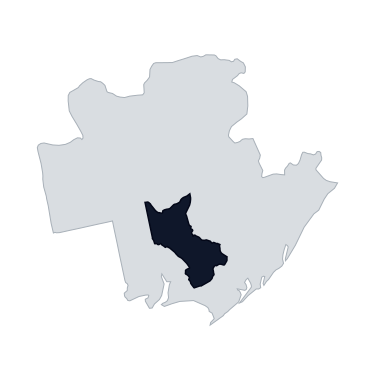 location of Moyen-Ogooué within Gabon, rotated 258°
{"feature_id": "GAB-2621", "entity_name": "Moyen-Ogooué", "entity_type": "Province", "adm_level": 1, "iso_a3": "GAB", "parent_name": "Gabon", "parent_adm1": "", "projection": "orthographic", "projection_center": [10.538, -0.51], "detail": "fine", "context": "in_parent", "style": "filled", "palette": "ink", "viewbox_px": 384, "rotation_deg": 258, "n_neighbors": 0, "source": "natural_earth", "source_scale": "10m", "svg_char_len": 6529}
<svg xmlns="http://www.w3.org/2000/svg" viewBox="0 0 384 384"><g transform="rotate(258 192 192)"><path d="M270.9,54.3L270.7,57.5L267.0,65.5L265.3,71.6L264.9,78.1L265.9,83.3L267.7,87.1L268.8,91.2L268.0,94.0L266.2,95.2L267.4,96.6L270.1,97.0L274.6,95.8L281.6,93.6L290.8,90.4L296.8,88.8L306.8,89.8L312.1,91.0L314.8,93.2L317.8,102.6L319.2,104.0L321.6,108.0L323.6,112.8L324.1,115.2L323.9,116.9L321.8,119.5L319.6,123.3L318.8,125.6L316.9,127.3L314.4,129.0L307.8,129.7L306.8,130.7L304.9,134.7L301.4,138.2L299.8,141.4L298.4,145.7L298.7,151.1L298.0,158.8L297.3,164.0L299.0,165.9L307.0,167.1L308.5,168.2L310.6,171.4L313.3,174.4L320.6,176.4L323.4,178.7L325.7,181.2L326.0,183.3L324.3,191.7L322.7,199.7L323.4,205.9L323.9,211.7L324.8,220.2L324.4,225.4L322.3,228.6L322.3,231.1L323.3,234.1L321.4,242.3L320.3,243.7L317.0,245.3L315.3,247.5L314.7,251.0L313.0,255.8L311.2,257.5L311.2,259.8L312.9,261.4L312.9,263.9L309.6,266.8L307.6,269.1L303.3,270.2L298.4,269.0L297.2,267.4L298.4,264.8L298.0,262.7L296.3,260.6L293.7,255.0L291.3,253.8L290.0,256.1L286.0,260.3L278.8,265.8L273.9,266.2L264.6,264.5L256.9,261.9L253.3,255.6L251.0,250.3L247.8,244.2L244.1,241.3L240.1,239.5L238.4,239.4L232.7,242.8L231.0,244.1L231.0,246.9L231.5,249.6L232.4,250.9L233.1,252.6L233.0,255.3L232.0,258.8L231.6,262.7L213.9,266.5L210.9,265.2L208.6,263.4L206.0,263.7L198.3,265.7L195.5,264.3L192.7,263.3L191.4,264.1L191.3,265.8L192.6,275.0L192.1,278.5L190.4,283.1L189.5,286.2L194.2,287.1L195.9,288.5L197.5,290.8L199.8,293.0L200.0,294.3L197.4,296.7L196.5,299.7L197.7,302.0L200.9,304.4L205.6,306.9L207.8,308.6L207.6,310.1L205.5,313.3L204.6,316.0L203.1,318.4L203.4,320.7L205.5,322.8L205.3,324.7L203.9,326.1L201.0,325.8L198.5,326.0L196.3,325.4L189.4,318.1L187.9,317.9L177.9,323.5L175.4,325.8L173.4,329.1L170.6,336.3L166.0,332.1L162.1,324.5L157.5,319.8L147.9,312.2L145.3,306.7L134.3,294.4L118.5,282.1L107.0,271.4L105.3,269.1L107.2,269.4L118.3,274.7L119.8,274.1L121.1,272.9L116.3,270.1L111.7,267.9L107.5,266.6L103.2,266.7L100.8,264.4L99.2,261.0L98.4,258.1L96.5,255.0L90.5,248.7L89.0,246.2L85.7,242.9L87.7,242.5L94.2,245.6L94.8,244.4L94.2,242.5L87.7,239.5L84.1,239.3L83.3,237.1L83.8,234.7L79.1,225.5L74.2,218.6L73.5,215.3L86.6,230.3L88.3,230.6L90.6,230.4L96.1,228.7L95.0,226.7L92.6,224.6L90.2,225.6L87.1,225.8L85.5,224.9L84.8,223.3L87.9,216.1L86.5,216.4L85.6,217.7L83.9,218.3L81.2,218.7L74.8,214.8L69.1,204.3L67.6,202.1L66.1,198.5L64.6,197.0L58.0,182.0L60.5,183.1L63.5,187.4L69.3,186.5L71.6,184.0L73.5,184.1L75.6,183.5L78.1,181.2L85.5,170.9L87.5,157.3L86.9,149.2L85.8,141.2L88.2,138.6L89.2,140.3L89.7,143.1L90.8,145.3L93.5,147.1L98.4,147.6L106.0,150.6L108.7,152.5L109.5,148.7L118.2,145.5L115.6,144.4L107.8,145.6L97.1,140.8L93.6,137.8L90.3,132.0L86.8,128.9L87.1,126.2L94.8,123.7L96.8,124.0L97.6,127.0L99.7,128.2L100.4,127.8L100.8,125.2L100.8,118.4L98.5,108.6L99.2,106.7L101.3,106.0L103.2,104.7L104.5,104.4L107.1,104.7L108.4,107.0L109.1,108.2L111.7,108.8L113.9,110.0L115.7,109.7L117.2,108.3L119.5,108.0L126.5,108.0L132.8,108.0L145.4,108.0L158.0,108.1L170.7,108.1L180.2,108.2L180.1,102.5L180.1,93.9L180.0,83.6L179.9,73.8L179.9,64.7L179.8,54.0L180.3,50.9L181.0,49.6L180.7,47.9L190.5,47.7L208.2,48.5L215.9,48.4L218.1,48.6L227.7,48.0L235.5,48.7L238.8,49.5L241.8,49.9L251.2,50.3L263.4,49.8L267.5,49.9L269.8,51.4L270.9,54.3Z" fill="#d9dde1" stroke="#a8b0b8" stroke-width="1"/><path d="M191.6,143.9L191.4,145.4L191.5,146.0L191.3,146.7L191.1,147.1L190.2,147.9L189.6,148.3L189.0,148.8L188.4,149.0L187.7,149.2L181.1,152.5L180.4,153.2L179.3,154.0L178.9,154.5L178.5,155.9L177.7,157.4L177.6,157.9L177.6,158.3L177.8,158.7L177.9,158.9L178.2,159.1L178.6,159.2L179.0,159.3L179.4,159.4L179.7,159.7L179.9,160.1L180.3,161.6L180.4,163.7L180.3,165.1L180.3,166.2L180.4,166.6L180.5,167.1L180.8,167.5L183.2,171.2L183.4,171.6L183.6,172.2L183.6,173.0L183.6,174.1L183.7,174.9L184.4,177.2L184.6,177.7L185.0,178.2L186.8,179.6L187.2,180.1L187.7,180.9L188.4,182.4L189.1,186.2L189.3,186.6L190.7,189.5L186.7,189.4L185.2,189.1L182.4,188.2L179.7,186.9L172.6,181.4L172.0,181.3L171.4,181.3L169.6,181.7L161.2,182.2L160.3,182.4L159.8,182.6L159.4,182.9L158.8,183.7L158.4,183.9L158.0,183.8L157.0,183.1L156.5,183.1L156.1,183.4L155.5,184.2L155.1,184.5L154.5,184.7L154.0,184.6L153.6,184.2L153.3,183.8L152.9,183.3L152.4,183.2L151.8,183.1L151.2,183.1L150.8,183.3L150.4,183.6L149.9,183.8L148.8,183.6L148.6,183.8L148.6,184.2L149.2,185.1L149.3,185.5L149.2,185.9L148.9,186.2L148.5,186.5L148.1,186.9L146.7,188.9L146.3,189.4L145.8,189.8L143.4,191.2L143.0,191.6L142.7,192.1L142.3,193.5L142.1,194.4L142.1,194.9L142.2,195.8L142.1,196.2L140.2,199.4L140.0,199.7L139.6,199.9L137.9,200.7L137.7,200.9L137.6,201.1L137.6,201.3L137.8,201.6L138.1,202.0L138.2,202.4L138.1,202.9L137.8,203.3L137.2,204.2L136.8,204.6L136.6,205.0L136.5,205.4L136.4,205.9L136.3,206.3L136.1,206.7L135.6,206.9L135.4,207.2L135.3,207.7L135.1,208.1L134.8,208.4L134.2,208.0L133.7,207.7L131.0,207.6L129.9,207.4L129.1,207.3L128.0,207.4L127.3,207.6L126.6,207.8L125.3,208.7L121.3,212.8L120.5,212.5L118.4,212.1L118.1,212.0L117.7,211.9L117.3,211.6L114.4,209.0L114.0,208.5L114.0,208.1L114.1,207.6L115.3,205.4L115.6,204.4L115.7,203.9L115.7,203.4L115.6,203.0L114.9,201.1L114.8,200.9L114.8,200.6L115.2,199.8L115.2,199.3L115.0,198.7L114.6,198.2L113.0,196.8L112.4,196.5L112.0,196.4L111.1,196.5L109.3,196.4L108.9,196.3L108.7,196.3L107.4,196.4L106.9,196.4L106.5,196.2L106.1,195.9L105.9,195.4L105.4,194.9L105.2,194.8L104.8,194.5L104.2,194.1L103.2,193.6L101.3,191.1L98.2,181.4L98.5,180.3L97.8,174.3L98.1,173.9L98.5,173.7L98.9,173.6L100.7,172.7L102.6,171.9L103.1,171.8L104.5,171.8L104.9,171.7L106.1,171.1L106.9,170.6L107.3,170.7L108.3,171.5L108.8,171.7L109.6,171.5L111.0,170.8L111.8,170.2L112.4,169.6L112.7,169.2L113.2,168.7L113.7,168.6L114.1,168.7L114.6,168.9L115.0,169.1L115.9,169.2L116.4,169.3L116.8,169.6L117.1,170.0L117.3,170.4L117.6,171.8L117.8,172.2L117.9,173.1L118.0,173.5L118.2,173.8L119.1,173.8L123.3,172.0L128.9,168.5L129.9,167.6L131.5,165.7L132.0,165.2L135.3,163.2L136.2,162.9L136.8,162.5L142.4,158.1L142.6,157.9L142.6,157.7L142.6,157.4L142.7,157.2L143.0,157.0L143.4,156.9L143.6,156.8L143.8,156.7L143.8,156.4L143.8,156.0L143.6,155.1L143.4,154.6L144.0,153.8L144.7,153.4L145.7,152.4L146.2,151.8L146.6,151.5L147.9,150.9L148.1,150.5L148.0,150.1L147.6,149.2L147.5,148.9L147.5,148.7L147.5,148.3L147.5,148.2L147.7,147.7L147.8,147.6L148.6,146.9L148.8,146.7L149.0,146.4L149.1,146.0L149.0,145.4L149.1,145.0L149.2,144.8L149.5,144.7L150.1,144.7L152.0,144.5L152.3,144.5L153.0,144.3L154.4,143.7L154.6,143.6L154.8,143.6L155.6,143.8L191.6,143.9Z" fill="#0f172a" stroke="#020617" stroke-width="1.5"/></g></svg>